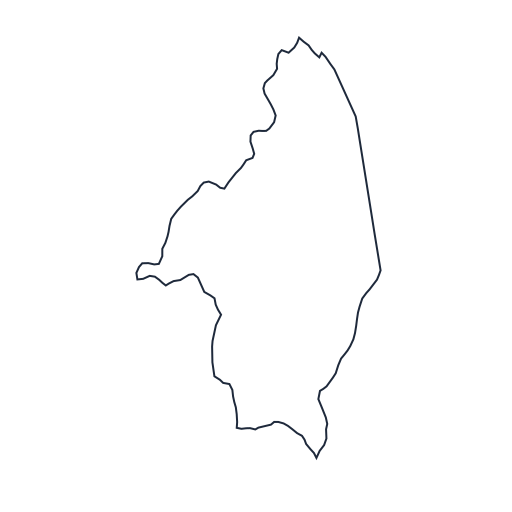 the district of Central do Maranhão, Maranhão, Brazil, rotated 171°
{"feature_id": "56859067B32217682416213", "entity_name": "Central do Maranhão", "entity_type": "district", "adm_level": 2, "iso_a3": "BRA", "parent_name": "Brazil", "parent_adm1": "Maranhão", "projection": "equal_earth", "projection_center": [-44.838, -2.255], "detail": "fine", "context": "isolated", "style": "outline", "palette": "slate", "viewbox_px": 512, "rotation_deg": 171, "n_neighbors": 0, "source": "geoboundaries", "source_scale": "gbopen_adm2", "svg_char_len": 2035}
<svg xmlns="http://www.w3.org/2000/svg" viewBox="0 0 512 512"><g transform="rotate(171 256 256)"><path d="M347.4,277.8L348.6,270.4L353.2,263.4L357.8,263.6L363.4,265.8L369.5,266.6L373.3,263.4L376.8,258.0L376.8,251.4L371.0,251.1L364.1,253.0L359.1,251.4L355.4,247.7L352.6,244.1L349.7,241.0L346.2,242.5L341.3,244.1L334.5,244.1L325.3,247.9L320.6,247.9L316.8,243.8L315.1,237.5L312.7,228.6L307.2,224.2L303.6,220.7L303.4,214.2L302.0,209.1L299.7,203.5L306.4,193.9L312.2,178.9L313.5,173.5L315.7,157.8L315.9,143.7L311.0,139.4L308.3,135.8L302.3,133.7L300.3,127.4L300.6,120.9L300.3,115.2L299.6,109.7L299.8,102.8L300.6,94.9L301.9,89.3L297.4,87.6L292.6,87.4L288.8,86.9L283.8,84.8L280.5,86.1L267.6,87.1L264.0,89.3L259.9,88.6L254.9,86.3L251.0,83.2L247.2,79.2L243.1,74.6L238.7,71.2L236.8,67.0L235.9,62.5L232.4,56.6L229.6,52.4L227.9,47.1L223.6,53.6L218.3,58.6L215.0,64.7L213.9,73.9L211.9,79.0L212.3,85.6L214.6,95.7L216.8,104.9L213.9,112.8L210.4,114.2L206.7,116.2L199.1,123.8L195.6,127.7L191.8,135.3L188.0,141.4L183.7,145.2L180.3,148.4L177.0,152.3L172.9,158.4L170.3,164.3L168.0,171.3L166.0,178.2L164.1,184.2L161.6,189.8L157.7,197.4L152.8,202.2L149.0,205.3L140.2,213.7L137.6,217.9L135.2,222.3L135.4,260.3L135.4,267.6L135.4,282.3L135.5,353.2L135.5,366.0L135.7,378.2L149.4,428.0L152.5,434.0L156.2,441.9L159.4,446.5L162.4,442.3L166.3,447.0L168.7,450.8L171.1,455.8L175.4,460.2L179.3,464.9L182.0,460.1L185.6,455.9L192.0,451.7L198.4,455.3L202.3,452.0L204.2,447.2L205.5,442.6L205.9,437.6L210.6,431.9L217.2,427.7L220.2,425.4L222.5,420.4L222.1,415.0L219.3,407.8L217.6,403.3L215.9,398.0L214.6,391.7L217.2,385.3L222.9,379.8L226.4,378.0L230.1,378.5L233.7,379.3L239.0,379.0L242.4,375.9L243.6,369.8L242.4,362.5L241.8,357.2L244.1,353.4L250.7,352.1L254.3,348.1L257.1,345.3L262.9,341.1L271.6,333.1L276.7,327.5L280.7,329.0L284.2,332.8L291.0,336.9L296.1,336.7L300.0,333.8L303.4,329.3L309.6,324.9L314.5,322.2L322.3,316.6L326.6,313.1L330.1,309.8L333.9,306.0L336.7,299.3L338.6,293.5L340.3,289.3L343.5,283.1L347.4,277.8Z" fill="none" stroke="#1e293b" stroke-width="2"/></g></svg>